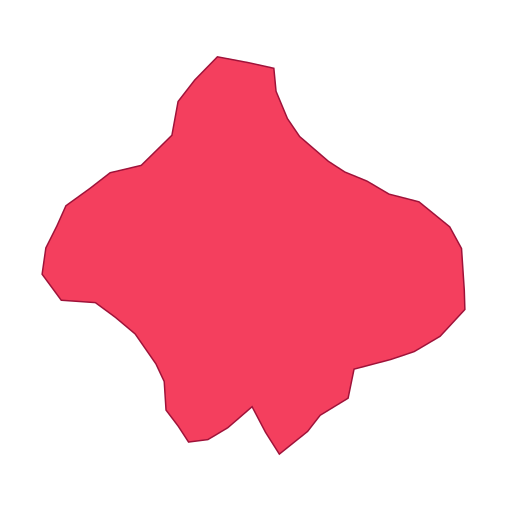 Katokopia, Cyprus, rotated 274°
{"feature_id": "46923920B85367038784493", "entity_name": "Katokopia", "entity_type": "district", "adm_level": 2, "iso_a3": "CYP", "parent_name": "Cyprus", "parent_adm1": "", "projection": "albers", "projection_center": [33.058, 35.168], "detail": "fine", "context": "isolated", "style": "filled", "palette": "rose", "viewbox_px": 512, "rotation_deg": 274, "n_neighbors": 0, "source": "geoboundaries", "source_scale": "gbopen_adm2", "svg_char_len": 719}
<svg xmlns="http://www.w3.org/2000/svg" viewBox="0 0 512 512"><g transform="rotate(274 256 256)"><path d="M60.0,293.1L84.6,319.7L101.6,331.1L120.6,357.8L150.0,361.7L162.2,397.7L171.7,420.5L188.8,445.3L217.2,468.1L236.1,466.2L277.8,460.5L298.6,447.2L321.4,414.8L327.0,384.4L338.4,361.6L346.0,338.7L355.5,321.6L378.2,291.2L395.2,277.8L421.7,264.5L444.5,260.7L448.2,236.0L452.0,203.6L427.4,182.7L404.7,167.5L370.6,163.7L338.4,135.2L328.9,104.7L311.9,85.7L292.9,62.9L272.1,55.3L249.4,45.8L222.9,43.9L198.3,64.8L198.3,99.0L185.0,120.0L169.8,140.9L141.4,163.7L124.4,173.2L96.0,177.0L80.8,190.3L65.7,201.7L69.5,220.8L82.7,239.8L105.4,262.6L80.8,277.8L60.0,293.1Z" fill="#f43f5e" stroke="#9f1239" stroke-width="1.5"/></g></svg>